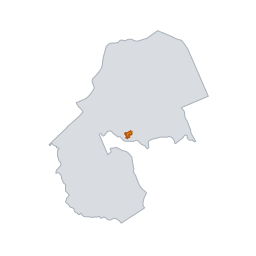 Kalulushi, Copperbelt, Zambia shown in context, rotated 157°
{"feature_id": "96606910B20946814397752", "entity_name": "Kalulushi", "entity_type": "district", "adm_level": 2, "iso_a3": "ZMB", "parent_name": "Zambia", "parent_adm1": "Copperbelt", "projection": "natural_earth1", "projection_center": [27.971, -12.761], "detail": "fine", "context": "in_parent", "style": "filled", "palette": "amber", "viewbox_px": 256, "rotation_deg": 157, "n_neighbors": 0, "source": "geoboundaries", "source_scale": "gbopen_adm2", "svg_char_len": 4951}
<svg xmlns="http://www.w3.org/2000/svg" viewBox="0 0 256 256"><g transform="rotate(157 128 128)"><path d="M165.8,171.5L156.0,171.5L152.4,172.4L149.5,173.8L146.0,176.0L144.0,177.5L143.4,178.3L143.1,180.1L143.1,183.0L142.8,185.0L141.7,186.9L136.4,189.1L132.9,191.0L129.5,193.1L127.0,196.0L125.2,199.5L122.3,203.8L116.2,211.5L112.7,212.9L109.7,212.6L106.1,211.0L103.3,210.7L101.2,211.7L99.2,211.4L97.4,209.8L95.9,209.2L94.7,209.6L93.2,209.5L90.4,208.6L87.9,205.9L86.6,204.8L85.6,204.3L82.6,203.9L75.9,203.2L69.0,204.6L62.8,206.0L56.6,199.9L50.5,193.4L49.2,191.7L46.9,189.6L45.3,188.5L44.6,188.0L43.0,182.2L42.1,176.9L41.7,125.9L69.2,125.9L71.0,125.7L71.0,125.2L69.8,122.4L69.8,121.5L70.1,119.6L71.3,115.9L71.4,114.7L70.8,110.7L70.9,108.5L71.2,103.9L71.0,102.4L71.6,100.3L71.8,99.0L72.1,98.4L71.8,96.9L71.2,91.5L70.9,89.2L72.5,89.6L73.1,90.7L73.4,91.9L74.1,91.9L76.1,92.7L76.8,93.7L77.3,95.8L77.0,96.9L76.4,97.8L77.0,98.6L78.3,99.1L79.1,99.0L81.3,97.5L83.3,97.0L84.4,96.6L88.9,95.6L89.8,95.1L90.4,95.1L90.9,95.5L90.5,97.0L90.4,98.4L90.9,101.0L91.4,102.2L92.3,103.0L93.0,103.5L93.8,104.4L95.3,104.2L98.8,105.6L99.9,106.2L101.4,106.8L102.4,107.0L106.0,107.5L109.8,108.2L111.8,108.2L113.2,108.1L114.1,107.7L114.7,107.3L115.0,106.9L116.4,102.0L117.2,101.7L118.1,101.4L118.7,101.9L119.3,104.9L122.0,107.7L123.0,110.0L123.6,112.0L124.2,112.6L125.3,113.3L126.9,113.5L128.4,113.6L135.8,117.0L136.6,117.6L137.5,119.4L138.1,121.5L138.7,123.1L139.6,123.4L140.5,123.5L141.3,124.6L141.9,125.6L144.1,129.6L144.4,131.2L145.5,132.3L146.9,132.7L148.3,132.8L149.0,132.3L150.9,131.5L152.4,130.5L153.5,130.2L154.1,130.4L154.6,131.1L154.9,133.0L155.9,133.7L156.7,133.5L157.0,132.7L157.0,132.3L157.1,111.3L156.4,111.5L155.5,112.1L153.6,112.1L152.8,112.6L152.6,113.3L152.7,114.1L152.8,115.3L152.5,115.9L151.6,116.1L150.4,115.6L148.1,115.0L146.3,114.7L144.9,113.1L143.1,110.7L141.9,109.5L139.0,107.1L138.5,106.6L137.7,105.4L136.9,103.5L136.2,101.2L135.8,99.7L136.5,97.5L138.2,90.3L138.6,88.0L140.0,85.7L140.1,83.7L139.5,81.0L139.7,79.6L139.9,71.3L139.5,68.7L138.5,65.7L136.5,61.7L136.5,60.8L139.7,58.2L140.6,57.2L142.3,55.1L143.4,53.3L144.1,51.8L144.4,49.9L143.9,48.1L145.0,47.7L171.3,43.1L171.7,44.3L172.5,46.4L173.4,47.9L174.5,49.2L175.5,50.0L176.1,50.3L180.2,50.2L181.7,51.0L182.9,52.0L183.2,53.6L184.1,54.6L185.0,55.4L185.4,55.5L186.0,55.3L187.1,55.3L188.1,55.6L188.6,56.0L188.7,57.3L189.0,57.9L190.3,58.1L191.7,58.2L193.1,59.1L194.5,59.3L196.2,59.7L197.0,60.6L198.8,61.6L201.0,62.5L203.4,64.0L203.5,64.4L203.9,65.3L204.3,65.9L204.3,66.8L204.5,67.7L205.2,67.9L205.7,68.0L206.1,67.3L206.8,67.4L207.5,67.7L207.7,68.7L208.3,70.0L209.2,70.9L209.8,71.8L209.6,73.4L209.2,74.8L210.4,76.3L212.0,77.6L212.4,78.2L212.5,80.2L212.7,80.9L213.8,82.6L214.3,83.7L214.3,84.4L211.4,87.7L209.6,88.2L208.8,88.9L208.4,89.6L209.5,92.9L210.1,94.1L209.6,95.7L208.4,98.4L207.9,98.6L207.8,100.6L208.1,101.4L208.7,102.0L208.9,103.3L208.9,106.7L208.1,110.6L209.4,114.0L209.9,114.3L211.6,114.4L212.0,114.7L211.5,115.6L210.3,117.1L208.0,118.3L204.7,119.5L204.0,120.8L203.5,122.5L203.9,123.6L204.3,124.2L204.2,125.7L203.9,127.4L204.0,128.6L203.8,129.8L203.4,130.3L202.8,132.1L202.1,133.8L201.5,134.6L200.7,135.4L199.4,136.1L199.4,136.4L200.9,137.2L201.3,137.8L201.4,138.2L200.8,139.0L201.5,139.6L202.3,140.0L203.1,141.1L204.0,143.3L204.1,143.5L204.4,143.6L204.9,143.3L205.8,142.4L206.4,142.1L207.2,143.4L193.5,148.7L190.3,149.8L185.5,151.7L183.9,152.4L182.6,153.1L169.9,157.3L167.9,158.1L163.4,160.2L163.2,160.6L163.3,161.6L163.7,163.6L164.5,165.4L165.1,166.4L165.5,169.1L165.8,171.5Z" fill="#d9dde1" stroke="#a8b0b8" stroke-width="1"/><path d="M126.7,121.4L126.7,121.5L126.7,121.8L126.6,122.0L126.7,122.3L126.6,122.5L126.4,122.7L126.5,122.7L126.5,122.8L126.7,123.0L126.7,123.3L126.8,123.4L126.8,123.5L126.8,123.8L127.0,124.0L126.9,124.2L129.1,124.0L131.1,123.8L131.3,123.8L131.4,123.7L131.5,123.7L132.1,123.7L132.0,123.8L132.0,124.0L132.1,124.3L132.1,124.5L132.3,124.5L132.3,124.4L132.5,124.2L132.8,124.1L133.0,124.1L133.1,123.9L133.1,123.7L132.9,123.6L132.8,123.4L132.6,123.3L132.6,123.2L132.1,122.2L132.9,121.7L132.6,121.1L132.3,121.0L132.4,120.8L132.5,120.6L132.7,120.4L132.8,120.2L132.9,119.9L133.0,119.8L132.9,119.8L132.9,119.7L133.0,119.7L132.9,119.6L132.9,119.4L132.9,119.2L132.7,119.0L132.4,119.1L132.2,119.2L132.1,119.3L132.1,119.2L132.0,119.3L131.9,119.3L131.9,119.2L131.7,119.1L131.4,119.1L131.2,119.0L130.9,119.1L130.7,119.1L130.4,119.0L130.2,119.0L130.5,119.7L129.9,120.2L129.9,120.3L129.8,120.5L130.0,120.9L130.0,121.0L130.1,121.6L130.2,121.8L130.1,121.7L130.1,121.8L130.1,121.7L129.9,121.7L129.7,121.7L129.5,121.8L129.5,121.7L129.5,121.8L129.5,121.7L129.4,121.7L129.2,121.6L129.0,121.4L128.9,121.4L128.8,121.2L128.7,121.2L128.4,121.0L128.3,120.9L128.2,120.9L128.3,120.9L128.2,120.9L128.1,120.7L128.0,120.8L127.9,120.8L127.7,120.8L127.5,120.7L127.4,120.7L127.4,120.9L127.3,121.0L127.2,121.1L126.9,121.2L126.9,121.3L126.7,121.4Z" fill="#f59e0b" stroke="#b45309" stroke-width="1.5"/></g></svg>